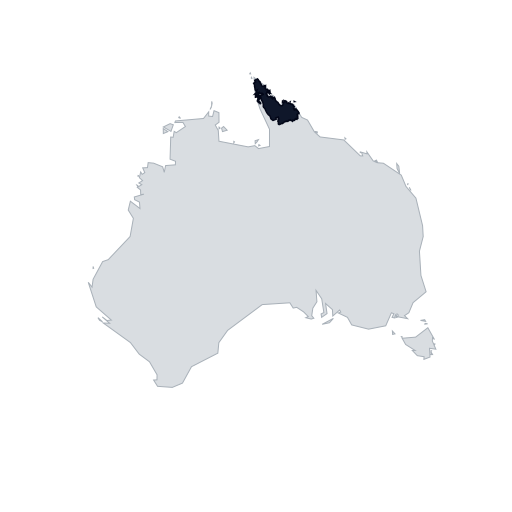 location of Cook, Queensland, Australia, rotated 334°
{"feature_id": "25037944B35622910690770", "entity_name": "Cook", "entity_type": "district", "adm_level": 2, "iso_a3": "AUS", "parent_name": "Australia", "parent_adm1": "Queensland", "projection": "natural_earth1", "projection_center": [143.95, -13.681], "detail": "fine", "context": "in_parent", "style": "filled", "palette": "ink", "viewbox_px": 512, "rotation_deg": 334, "n_neighbors": 0, "source": "geoboundaries", "source_scale": "gbopen_adm2", "svg_char_len": 9409}
<svg xmlns="http://www.w3.org/2000/svg" viewBox="0 0 512 512"><g transform="rotate(334 256 256)"><path d="M338.7,107.0L343.6,130.9L349.7,129.7L356.6,136.8L357.8,151.4L361.9,156.4L362.9,170.0L365.8,177.1L385.8,190.2L393.6,211.7L395.8,212.8L396.3,209.0L400.6,212.9L401.3,211.0L403.0,221.9L405.6,225.1L411.2,228.5L422.0,247.0L421.3,259.3L425.1,274.1L419.0,301.8L414.8,311.8L405.0,323.3L395.7,345.8L393.2,362.7L376.7,366.8L368.5,374.0L363.3,374.7L364.8,378.8L356.8,372.8L358.0,371.4L357.5,369.9L356.0,369.8L353.3,372.4L351.4,370.8L354.6,368.3L352.8,366.4L342.0,375.6L325.1,371.1L311.8,359.9L311.3,351.2L305.0,343.3L307.6,343.6L307.5,341.2L298.7,343.6L301.2,337.7L297.7,329.2L294.6,338.9L288.1,339.9L289.1,336.6L292.2,336.6L296.3,323.3L294.9,313.2L290.7,323.8L284.2,327.8L279.9,334.1L280.7,337.3L278.0,336.9L273.7,333.3L276.4,333.3L274.3,327.1L270.1,320.0L266.6,319.1L265.9,312.9L240.3,302.4L197.9,310.4L184.6,317.6L179.1,326.6L149.5,327.2L134.2,338.0L123.2,337.4L110.4,330.0L109.6,322.6L112.7,323.9L115.0,319.4L113.9,304.4L108.0,293.0L105.2,278.8L89.3,249.2L94.9,252.3L91.1,243.3L93.7,248.6L97.9,250.2L90.1,231.7L93.7,206.1L95.0,212.1L99.4,205.5L115.7,193.8L121.6,194.5L151.4,183.3L162.3,168.4L161.3,158.7L167.1,151.7L172.5,162.5L174.9,156.5L171.6,152.2L172.5,149.6L182.4,151.3L179.3,150.3L181.2,146.0L179.4,142.3L184.6,141.8L182.7,139.0L187.1,138.5L185.5,134.5L189.2,129.9L189.5,132.7L192.6,132.3L192.8,127.1L197.2,129.0L200.0,124.8L204.7,127.7L211.2,134.9L210.2,140.6L214.4,135.1L223.5,138.7L225.2,135.6L221.2,131.3L231.5,111.7L233.6,113.0L237.1,108.1L238.4,110.2L249.3,108.7L248.9,103.9L241.6,100.5L242.8,99.3L269.1,109.4L276.7,105.7L274.8,109.5L278.1,111.6L282.0,107.0L285.5,110.9L281.4,119.6L276.8,120.4L277.1,126.7L273.0,136.6L296.8,154.5L303.3,156.3L305.4,160.6L316.1,163.5L323.7,148.0L324.1,125.4L325.3,116.8L328.0,114.8L326.0,110.9L332.5,94.6L338.7,107.0ZM351.3,394.0L363.9,398.9L379.0,395.8L379.8,409.3L378.8,406.9L377.2,409.7L376.8,418.6L371.5,415.0L368.1,423.1L361.6,422.5L362.9,420.2L357.3,416.3L355.1,409.5L357.6,410.7L351.7,401.1L351.3,394.0ZM229.3,99.4L236.8,99.4L239.2,101.8L234.2,106.7L229.3,99.4ZM285.5,346.4L298.2,346.0L292.8,348.2L285.5,346.4ZM283.6,125.4L285.2,130.3L280.4,129.5L281.1,126.0L283.6,125.4ZM421.3,244.8L421.1,239.3L423.0,234.6L423.7,237.9L421.3,244.8ZM375.6,386.0L379.7,387.2L379.8,389.1L375.6,386.0ZM228.5,100.8L231.3,105.6L226.4,105.3L228.5,100.8ZM346.8,386.9L344.4,386.4L345.7,383.2L346.8,386.9ZM309.2,152.5L306.9,153.9L304.6,154.7L305.7,152.0L309.2,152.5ZM89.2,247.9L87.2,245.2L86.9,242.6L87.1,242.5L89.2,247.9ZM378.9,390.9L380.5,392.2L377.4,391.1L378.9,390.9ZM404.6,222.6L406.3,222.6L406.3,225.1L404.6,222.6ZM363.5,169.8L365.5,171.3L365.1,172.1L363.5,169.8ZM371.3,419.8L371.5,422.0L369.9,421.3L371.3,419.8ZM423.9,261.4L424.0,264.5L423.8,264.4L423.9,261.4ZM248.5,99.2L247.2,97.8L248.0,97.2L248.5,99.2ZM283.6,99.4L281.8,101.8L284.0,97.6L283.6,99.4ZM424.3,257.7L423.4,258.7L424.0,257.6L424.3,257.7ZM286.7,144.0L285.7,144.5L286.3,143.3L286.7,144.0ZM279.8,125.3L278.5,125.5L279.3,124.0L279.8,125.3ZM105.0,194.0L104.7,195.9L104.1,195.8L105.0,194.0ZM330.3,93.4L330.2,95.1L329.7,93.9L330.3,93.4ZM356.0,370.6L356.3,371.6L355.9,371.3L356.0,370.6ZM281.3,102.5L278.9,104.2L281.4,102.1L281.3,102.5ZM185.6,132.1L184.7,133.3L185.3,131.9L185.6,132.1ZM372.2,418.2L371.4,418.6L371.9,417.8L372.2,418.2ZM308.1,158.3L306.7,158.2L307.4,157.2L308.1,158.3ZM180.7,140.9L180.1,141.6L180.0,140.0L180.7,140.9ZM378.3,413.6L377.2,414.2L377.6,413.0L378.3,413.6ZM331.1,88.9L331.0,90.0L330.2,89.5L331.1,88.9ZM355.4,372.0L356.5,373.0L354.7,372.7L355.4,372.0ZM388.2,190.1L387.3,190.1L387.7,188.8L388.2,190.1ZM395.5,208.8L395.0,208.8L395.4,207.8L395.5,208.8ZM351.9,392.4L351.6,393.2L351.3,392.2L351.9,392.4Z" fill="#d9dde1" stroke="#a8b0b8" stroke-width="1"/><path d="M329.7,113.1L328.8,113.2L328.6,113.4L328.2,113.3L328.1,113.0L327.8,113.2L328.3,112.7L328.3,113.1L328.6,113.1L329.0,112.4L329.0,110.2L330.5,110.2L329.7,111.4L330.9,111.1L331.2,111.5L331.3,111.9L331.5,111.9L331.5,112.1L332.1,112.6L332.4,112.3L332.6,112.4L332.8,112.3L333.5,113.6L333.4,114.0L330.3,113.8L329.3,118.8L329.6,120.3L329.0,123.1L328.1,124.7L328.0,125.6L328.6,127.4L328.5,129.3L328.5,130.9L328.6,132.4L329.0,134.4L329.6,135.6L329.9,136.4L329.7,138.3L329.5,139.2L330.7,141.6L334.2,141.9L334.3,140.5L336.9,140.8L336.8,142.2L336.3,142.1L336.2,143.5L335.3,143.5L335.2,144.9L334.7,144.8L334.6,146.3L334.0,146.9L334.0,147.5L334.3,147.9L334.9,148.2L335.3,148.1L336.1,148.2L336.7,148.1L337.4,148.2L337.6,148.5L338.8,148.3L339.1,148.4L340.5,147.8L341.2,147.9L341.1,148.0L341.7,148.3L341.9,148.1L342.6,148.1L342.8,148.5L343.6,149.0L344.0,148.9L344.3,148.7L344.6,148.4L345.0,148.7L345.3,148.4L346.1,148.8L346.5,148.6L346.7,149.2L346.8,149.2L347.0,149.8L347.3,150.0L347.5,150.1L347.8,150.8L348.0,150.6L348.4,150.6L348.6,150.2L349.2,150.8L349.5,150.6L350.0,150.9L350.1,150.7L350.1,150.4L350.6,150.2L351.0,150.5L351.4,150.6L351.6,150.0L351.8,149.8L352.2,149.9L352.2,150.3L352.7,151.0L353.1,150.6L353.3,150.8L353.5,150.7L353.8,150.7L354.1,150.5L354.0,150.1L354.4,149.5L354.3,149.4L354.1,149.2L354.1,148.9L354.3,148.8L354.6,149.0L355.0,148.2L355.0,147.8L354.8,147.6L354.8,147.0L355.1,146.8L355.3,146.9L355.4,146.6L355.6,146.6L355.9,146.7L356.3,146.5L356.6,146.4L356.6,146.6L356.9,146.6L357.0,146.8L357.3,146.5L357.2,146.3L357.4,145.8L357.2,145.4L357.3,145.0L357.3,144.5L356.8,143.8L357.0,143.3L356.9,143.0L356.5,142.8L356.6,142.3L356.4,142.0L356.4,141.9L356.3,142.0L356.1,142.0L356.2,141.8L356.0,141.5L355.7,141.5L355.0,141.5L355.1,141.4L355.5,141.4L355.5,141.0L355.2,140.9L355.2,141.3L354.9,141.3L354.7,141.3L354.7,141.2L354.6,141.3L354.5,141.1L354.5,140.8L354.7,140.5L354.5,140.0L354.9,139.9L354.9,138.7L354.9,138.9L355.3,138.9L355.7,138.8L355.8,138.6L355.6,138.5L355.6,138.2L355.4,138.3L355.4,137.9L355.6,137.9L355.6,137.2L355.3,137.2L355.4,135.7L355.0,135.4L354.4,135.3L354.2,135.1L354.3,134.9L353.8,134.7L353.8,134.1L353.6,134.0L353.4,133.5L352.8,133.5L352.3,133.3L352.3,132.8L351.8,133.0L351.5,132.9L351.3,132.5L351.0,132.1L351.0,131.6L351.2,131.0L351.2,130.8L350.7,131.0L350.6,130.4L350.8,130.0L350.1,129.0L349.9,129.0L349.4,130.0L348.6,130.4L348.1,130.4L347.5,129.9L347.3,130.0L347.4,130.6L347.1,131.2L346.0,132.2L345.2,132.3L344.5,132.1L344.2,131.9L343.8,131.4L343.5,130.7L343.1,129.3L343.1,128.6L343.0,127.5L342.5,127.0L342.2,126.0L341.8,125.4L341.7,124.9L341.9,123.6L342.2,122.8L342.1,122.4L342.2,121.5L341.7,121.6L341.6,121.8L341.4,121.6L341.4,121.9L339.9,122.2L339.9,121.8L340.3,121.4L340.5,120.7L340.2,120.2L339.9,120.3L340.1,119.9L339.4,119.8L339.2,119.9L339.3,118.8L338.1,118.9L337.6,118.7L337.0,118.6L336.2,117.3L336.8,116.9L336.7,116.2L336.4,115.8L336.2,115.5L336.3,115.3L336.5,115.3L336.6,115.1L336.6,114.7L336.5,114.4L337.4,114.4L337.5,114.0L337.8,113.8L337.7,113.5L337.9,113.1L338.1,113.2L338.5,113.0L338.7,112.9L338.6,113.4L338.9,113.9L339.1,113.9L339.0,114.5L338.8,114.5L338.8,114.8L339.0,115.2L339.2,116.1L339.6,115.7L339.8,115.8L339.8,115.6L339.7,115.4L339.7,115.2L340.0,115.3L340.0,115.1L340.2,115.3L340.5,114.6L340.7,114.2L340.9,113.5L340.7,113.6L340.7,113.4L339.8,112.9L339.5,112.4L339.5,111.5L339.3,111.2L339.1,111.2L338.7,110.9L337.9,110.9L338.0,109.6L338.0,109.2L337.8,109.0L338.0,108.9L338.7,107.3L339.0,107.2L339.1,107.3L339.2,107.1L338.6,107.2L338.4,106.6L338.0,106.4L337.7,106.7L336.9,106.8L335.9,105.9L335.9,103.8L335.7,102.2L335.7,101.8L336.0,101.3L335.8,100.7L335.4,100.2L335.3,98.3L335.0,97.9L335.0,97.5L332.0,97.5L331.7,97.9L331.8,98.7L331.6,99.0L331.8,99.4L329.6,99.7L329.7,100.5L329.5,102.1L329.0,103.0L328.6,105.0L328.3,105.5L328.1,107.0L328.4,107.2L328.6,107.6L328.7,107.8L328.6,108.1L328.8,108.2L329.0,107.3L329.5,107.3L329.2,107.5L329.2,107.8L329.0,108.1L329.0,108.6L328.8,108.2L328.7,108.4L328.6,108.7L328.5,108.0L328.3,108.1L328.2,108.3L328.3,109.0L327.9,109.1L327.3,109.4L327.3,110.6L326.4,110.3L326.3,110.5L327.3,110.8L327.3,111.3L326.7,112.1L326.3,111.8L325.9,112.0L325.7,111.8L325.1,113.1L325.4,113.2L325.6,113.2L325.7,112.0L325.7,112.7L326.0,112.8L326.0,112.4L326.4,112.2L326.2,112.4L326.7,112.8L326.9,113.2L327.2,113.3L327.5,113.3L327.5,113.0L327.7,113.3L327.7,113.8L327.4,114.0L327.6,114.1L327.4,114.3L327.2,114.3L326.9,114.9L326.9,115.8L326.5,115.7L326.1,116.2L325.6,116.6L325.1,117.4L325.4,117.8L325.5,119.0L326.0,119.8L326.5,120.3L326.5,121.0L327.0,121.0L327.3,120.5L326.4,117.4L327.3,116.8L326.9,116.5L327.1,116.1L327.5,116.1L327.9,114.8L328.7,116.0L329.2,115.3L329.0,114.8L328.7,114.8L328.6,115.2L328.3,114.5L329.4,114.3L330.3,113.6L329.7,113.1ZM339.8,115.6L339.5,115.5L339.6,115.4L339.5,115.2L339.8,115.6ZM327.7,115.1L327.6,114.8L327.6,114.6L327.7,115.1ZM325.9,112.2L326.0,112.2L326.3,112.1L326.2,112.1L325.9,112.2ZM327.8,114.3L327.6,114.3L327.6,114.1L327.8,114.3ZM328.0,114.1L327.9,114.3L327.9,114.1L328.0,114.1ZM348.0,129.0L347.7,129.2L348.1,129.3L348.0,129.0ZM326.2,109.8L326.9,109.9L327.0,109.8L326.7,109.6L326.2,109.8ZM358.0,134.0L358.3,134.1L358.1,133.8L358.0,134.0ZM348.0,128.9L347.6,128.7L347.5,129.2L347.8,128.9L348.0,128.9ZM355.7,141.3L355.5,141.2L355.5,141.4L355.9,141.4L355.8,141.2L355.7,141.3ZM327.3,114.1L327.4,113.9L327.2,113.8L327.3,114.1ZM353.8,132.4L354.0,132.5L354.1,132.4L353.8,132.4ZM347.9,129.7L348.1,129.5L347.8,129.6L347.9,129.7ZM348.5,128.2L348.5,128.4L348.6,128.2L348.5,128.2ZM347.4,129.7L347.7,129.5L347.6,129.4L347.4,129.7ZM342.1,119.3L342.1,119.1L342.1,119.3ZM341.4,112.7L341.2,112.6L341.4,112.7Z" fill="#0f172a" stroke="#020617" stroke-width="1.5"/></g></svg>